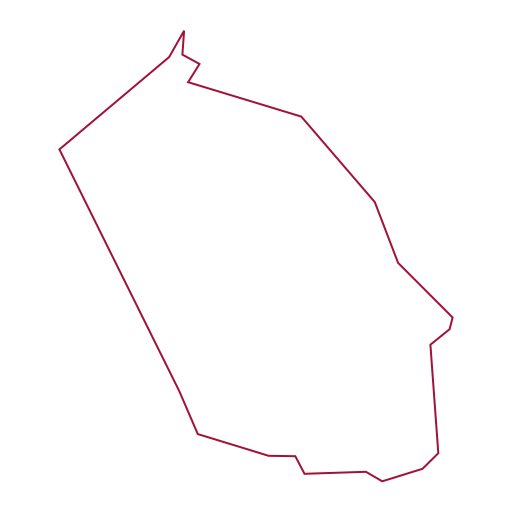 the district of Montgomery, Kentucky, United States of America
{"feature_id": "52423323B47164962454454", "entity_name": "Montgomery", "entity_type": "district", "adm_level": 2, "iso_a3": "USA", "parent_name": "United States of America", "parent_adm1": "Kentucky", "projection": "albers", "projection_center": [-83.879, 38.046], "detail": "fine", "context": "isolated", "style": "outline", "palette": "rose", "viewbox_px": 512, "rotation_deg": 0, "n_neighbors": 0, "source": "geoboundaries", "source_scale": "gbopen_adm2", "svg_char_len": 385}
<svg xmlns="http://www.w3.org/2000/svg" viewBox="0 0 512 512"><path d="M449.6,329.2L452.6,317.5L398.1,262.9L374.8,202.1L301.3,116.6L188.1,82.2L199.5,64.0L182.4,54.6L184.1,30.7L169.2,57.0L59.4,149.4L179.4,391.4L197.8,434.1L268.6,455.8L295.3,456.2L304.5,473.8L365.9,471.8L382.2,481.3L422.5,468.8L438.3,453.2L430.4,344.7L449.6,329.2Z" fill="none" stroke="#9f1239" stroke-width="2"/></svg>